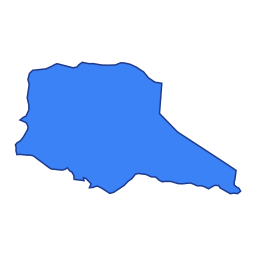 Santa Cruz do Capibaribe, Pernambuco, Brazil (orthographic projection)
{"feature_id": "56859067B39285037259201", "entity_name": "Santa Cruz do Capibaribe", "entity_type": "district", "adm_level": 2, "iso_a3": "BRA", "parent_name": "Brazil", "parent_adm1": "Pernambuco", "projection": "orthographic", "projection_center": [-36.328, -7.887], "detail": "fine", "context": "isolated", "style": "filled", "palette": "blue", "viewbox_px": 256, "rotation_deg": 0, "n_neighbors": 0, "source": "geoboundaries", "source_scale": "gbopen_adm2", "svg_char_len": 1443}
<svg xmlns="http://www.w3.org/2000/svg" viewBox="0 0 256 256"><path d="M52.3,66.0L45.9,68.9L32.7,70.3L29.5,73.4L27.9,79.4L28.6,82.1L29.2,84.5L27.2,97.8L28.8,104.8L28.9,109.5L27.9,112.1L26.0,116.1L23.4,117.3L20.0,120.0L23.6,121.5L26.4,122.9L28.1,126.7L27.7,129.4L24.4,135.3L22.4,138.4L20.1,141.0L17.1,142.8L15.4,144.8L16.1,147.4L16.0,150.9L16.9,154.6L19.9,154.4L27.3,155.1L30.3,155.1L33.4,155.9L39.5,160.5L43.1,163.1L48.7,167.4L51.3,169.0L62.2,170.1L64.9,169.4L67.4,167.8L69.8,170.9L72.0,172.2L73.9,175.7L74.1,179.4L81.8,180.3L84.0,180.7L83.5,177.8L85.8,178.4L88.7,181.3L91.1,183.8L89.4,187.7L92.9,187.5L95.2,186.5L97.8,186.2L101.4,188.0L109.8,193.4L113.7,192.3L124.0,185.5L128.1,181.3L132.0,178.5L135.3,174.3L138.3,173.5L145.9,174.4L151.2,176.8L155.7,177.1L159.1,180.2L162.3,181.8L165.2,181.4L171.1,181.5L178.1,183.6L182.0,183.8L184.5,183.6L186.9,183.3L190.5,183.0L193.4,184.1L197.2,185.8L201.7,185.8L205.1,187.0L208.6,188.8L211.4,187.1L214.8,185.3L218.7,185.6L220.1,187.9L230.3,193.7L233.6,193.1L237.7,193.6L240.6,191.2L238.9,188.2L236.7,187.1L234.2,184.9L234.2,181.7L234.9,179.4L236.1,170.4L224.0,162.3L216.3,157.3L177.5,132.0L159.5,113.5L161.8,83.3L157.5,82.6L154.9,82.2L148.4,77.8L143.6,71.9L136.4,67.2L130.2,64.3L124.5,63.0L120.8,62.8L115.3,65.0L108.3,65.2L102.3,65.1L99.1,64.6L93.0,63.6L89.4,63.7L85.9,63.1L82.3,62.3L78.7,64.9L77.3,66.9L73.1,67.8L57.1,63.7L54.7,64.6L52.3,66.0Z" fill="#3b82f6" stroke="#1e3a8a" stroke-width="1.5"/></svg>